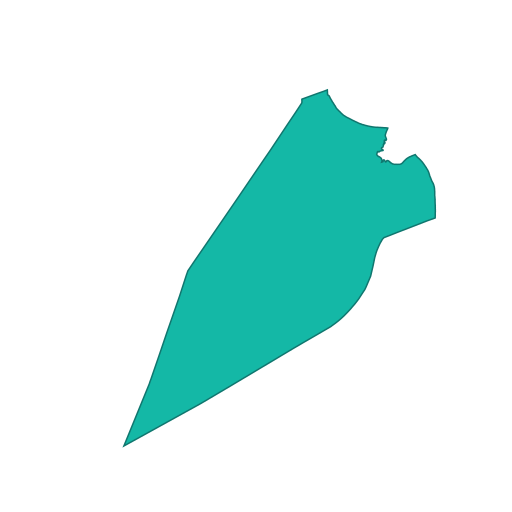 Ma'rib, Ma'rib, Yemen (Mercator projection), rotated 159°
{"feature_id": "15242507B71405176462371", "entity_name": "Ma'rib", "entity_type": "district", "adm_level": 2, "iso_a3": "YEM", "parent_name": "Yemen", "parent_adm1": "Ma'rib", "projection": "mercator", "projection_center": [45.401, 15.638], "detail": "fine", "context": "isolated", "style": "filled", "palette": "teal", "viewbox_px": 512, "rotation_deg": 159, "n_neighbors": 0, "source": "geoboundaries", "source_scale": "gbopen_adm2", "svg_char_len": 5322}
<svg xmlns="http://www.w3.org/2000/svg" viewBox="0 0 512 512"><g transform="rotate(159 256 256)"><path d="M75.1,227.3L74.8,228.0L74.6,228.5L74.4,229.0L74.1,229.6L73.9,230.2L73.7,230.7L73.5,231.2L73.3,231.8L73.1,232.3L72.8,232.8L72.5,233.6L72.3,234.2L72.0,234.9L71.8,235.5L71.6,236.2L71.3,236.9L71.1,237.4L70.9,238.1L70.6,238.7L70.4,239.4L70.2,240.1L70.0,240.7L68.9,243.8L68.6,244.4L68.4,245.2L68.2,245.8L68.0,246.5L67.8,247.2L67.6,247.8L67.5,248.4L67.4,248.7L67.2,249.1L67.0,249.7L66.7,250.4L66.5,251.0L66.2,251.7L66.0,252.3L65.8,253.0L65.6,253.7L65.3,254.5L65.1,255.3L65.0,255.9L64.8,256.5L64.8,257.2L64.7,257.8L64.6,258.4L64.6,259.0L64.6,259.7L64.6,260.4L64.7,261.0L64.8,261.7L64.9,262.4L65.0,263.1L65.0,263.8L65.0,264.6L65.0,265.2L65.0,265.9L65.0,266.5L65.0,267.2L65.1,267.9L65.1,268.6L65.0,269.2L64.9,269.9L64.9,270.6L64.8,271.4L64.8,272.0L64.8,272.8L64.8,273.4L64.9,273.8L64.9,274.3L65.0,275.0L65.1,275.7L65.3,276.3L65.4,277.0L65.4,277.6L65.6,278.1L65.7,278.7L65.9,279.4L66.0,280.0L66.2,280.7L66.3,281.4L66.6,282.2L66.7,282.8L66.8,283.2L66.9,283.4L67.1,284.1L67.3,284.8L67.6,285.3L67.8,286.0L68.0,286.5L68.3,287.2L68.6,287.8L68.9,288.5L69.2,289.1L69.6,289.7L69.9,290.3L70.1,290.8L70.3,291.4L70.5,292.0L70.7,292.5L70.9,293.2L71.0,293.6L71.6,293.6L72.3,293.6L73.0,293.6L73.6,293.6L74.2,293.6L74.8,293.6L75.4,293.5L76.0,293.5L76.6,293.5L77.2,293.5L78.3,293.3L79.5,293.1L80.7,292.8L81.7,292.4L83.4,291.7L84.8,291.0L85.5,290.6L86.2,290.3L86.9,290.1L87.6,290.0L88.1,290.0L88.8,290.0L89.5,290.3L90.6,290.7L91.5,291.0L92.1,291.3L92.6,291.5L93.8,291.9L95.1,292.8L95.4,293.0L95.8,293.4L96.2,294.0L96.5,294.5L97.0,294.8L97.1,295.1L97.2,295.3L97.2,295.8L97.4,296.1L97.7,296.6L98.1,297.2L98.5,297.6L98.7,297.8L99.0,298.0L99.4,298.1L99.7,298.1L100.0,297.9L100.3,297.7L100.6,297.5L100.7,297.4L100.9,297.3L101.1,297.3L101.3,297.4L101.4,297.5L101.5,297.9L101.5,298.3L101.6,298.8L101.7,299.1L101.8,299.3L101.9,299.7L102.1,299.8L102.5,300.0L102.9,299.9L103.1,299.8L103.2,299.7L103.4,299.4L103.6,298.8L103.6,298.6L103.8,298.5L105.1,298.6L104.4,299.4L104.2,299.6L104.0,302.2L104.1,302.4L104.4,303.0L104.7,303.5L105.1,304.2L105.3,304.4L105.5,304.6L105.8,304.9L106.1,305.0L106.3,305.4L106.3,305.6L106.6,306.2L106.9,307.2L106.9,307.7L105.3,309.7L104.9,309.9L104.6,309.9L104.4,309.7L104.3,309.3L104.0,309.1L103.7,309.1L102.9,309.3L102.7,309.4L102.4,309.5L99.8,309.0L99.6,309.0L99.4,309.2L99.5,309.6L99.6,310.0L100.2,310.4L100.4,310.7L100.4,311.1L100.1,311.8L99.8,312.1L98.5,312.2L98.3,312.5L97.9,313.0L97.5,313.4L97.4,313.6L97.2,314.1L97.2,314.3L96.7,314.4L96.6,314.5L96.6,314.9L96.5,315.1L96.3,315.3L96.3,315.2L96.1,315.1L96.1,314.9L95.9,314.8L95.7,314.8L95.4,315.0L95.1,315.4L95.0,315.5L95.0,315.8L95.1,316.5L95.2,316.9L95.0,317.5L94.9,317.7L94.7,317.9L94.6,318.0L94.3,318.1L94.2,318.1L93.9,318.0L93.9,317.9L93.8,317.7L93.7,317.4L93.4,317.3L93.0,317.5L92.7,317.8L92.4,318.1L92.3,318.5L92.3,318.8L92.3,319.2L92.3,321.2L92.2,321.9L92.1,322.2L92.0,322.5L91.9,322.8L91.5,323.2L91.1,323.7L90.8,324.2L90.4,324.6L90.0,325.1L89.7,325.5L89.2,325.9L88.8,326.4L88.3,326.8L87.9,327.2L87.4,327.7L87.1,328.2L87.4,328.4L88.0,328.7L88.5,329.0L89.0,329.2L89.6,329.5L90.2,329.7L90.7,330.0L91.3,330.2L92.0,330.6L92.5,330.8L93.0,331.0L93.7,331.4L94.3,331.6L94.9,331.9L95.4,332.1L96.1,332.5L96.7,332.7L97.4,333.0L97.9,333.2L98.5,333.5L99.1,333.8L99.7,334.1L100.2,334.4L100.8,334.7L101.3,335.0L101.9,335.4L102.7,335.8L103.1,336.1L103.6,336.4L104.2,336.8L104.7,337.1L105.2,337.4L105.7,337.8L106.4,338.3L106.9,338.6L107.4,339.0L107.9,339.4L108.4,339.8L109.1,340.3L109.6,340.6L110.1,341.0L110.5,341.5L111.0,341.9L111.6,342.3L112.1,342.8L112.6,343.3L113.1,343.8L113.6,344.4L114.1,344.9L114.5,345.3L114.9,345.7L115.4,346.2L115.7,346.6L116.1,347.0L116.6,347.5L117.0,347.9L117.5,348.5L117.8,348.8L118.0,349.1L118.5,349.6L119.0,350.2L119.4,350.7L119.8,351.1L120.2,351.5L120.6,352.0L121.0,352.4L121.5,352.9L121.9,353.4L122.4,354.1L122.9,354.8L123.2,355.2L123.7,355.8L124.0,356.3L124.3,356.9L124.7,357.7L125.0,358.3L125.3,358.9L125.6,359.6L125.8,360.2L126.1,360.8L126.4,361.4L126.7,362.0L126.9,362.5L127.1,363.0L127.4,363.7L127.7,364.3L127.9,365.0L128.1,365.6L128.2,366.1L128.2,366.8L128.3,367.4L128.4,368.0L128.6,368.5L128.7,369.2L128.9,369.8L128.9,370.4L129.0,370.9L129.2,371.7L129.4,372.3L129.5,372.9L129.6,373.5L129.6,374.1L129.7,374.6L129.9,375.2L129.9,375.8L130.1,376.5L130.1,377.2L130.2,377.8L130.2,378.4L130.3,379.1L130.5,379.6L130.8,380.1L131.2,380.6L131.4,380.8L129.9,385.5L133.6,385.5L140.0,385.7L156.9,386.0L157.1,385.7L157.6,384.2L158.0,383.1L158.6,382.3L167.8,375.7L178.2,368.4L178.5,368.2L204.7,349.6L213.3,343.7L235.8,328.1L250.9,317.6L293.0,288.6L317.0,272.1L325.0,266.5L326.7,264.4L327.2,263.9L341.6,246.1L361.1,223.0L366.6,216.5L382.4,197.5L398.1,178.8L400.3,176.3L401.4,174.9L447.4,126.0L360.3,138.1L323.1,144.4L254.6,156.3L243.1,158.2L221.9,161.6L218.2,162.2L211.4,163.3L210.8,163.5L210.5,163.6L206.0,164.8L202.4,165.9L198.8,167.2L195.3,168.6L191.8,170.2L189.9,171.1L186.1,173.0L184.7,173.8L181.1,175.7L175.7,179.0L169.5,183.5L166.4,185.7L164.3,187.7L156.2,196.1L150.3,204.8L145.7,212.0L142.6,216.1L141.6,217.3L141.1,217.9L140.9,218.1L138.2,220.9L135.5,223.5L133.7,224.9L131.9,226.4L131.2,226.7L130.0,227.3L127.1,227.3L124.2,227.3L116.0,227.4L83.6,227.5L75.3,227.3L75.2,227.3L75.1,227.3Z" fill="#14b8a6" stroke="#0f766e" stroke-width="1.5"/></g></svg>